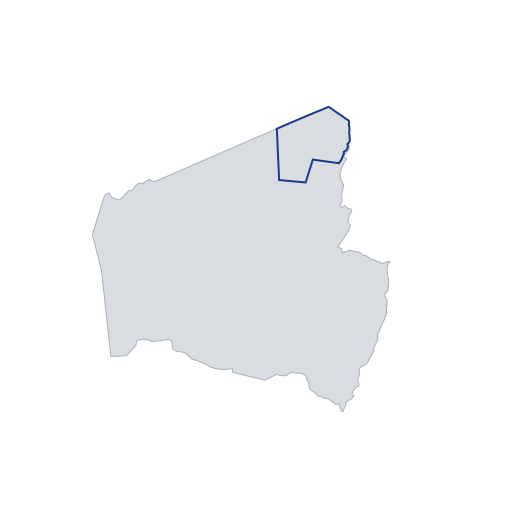 where Tindouf sits in Algeria, rotated 124°
{"feature_id": "DZA-2150", "entity_name": "Tindouf", "entity_type": "Province", "adm_level": 1, "iso_a3": "DZA", "parent_name": "Algeria", "parent_adm1": "", "projection": "albers", "projection_center": [-7.582, 27.544], "detail": "fine", "context": "in_parent", "style": "outline", "palette": "blue", "viewbox_px": 512, "rotation_deg": 124, "n_neighbors": 0, "source": "natural_earth", "source_scale": "10m", "svg_char_len": 4764}
<svg xmlns="http://www.w3.org/2000/svg" viewBox="0 0 512 512"><g transform="rotate(124 256 256)"><path d="M336.3,97.0L336.7,97.8L336.9,98.7L335.7,99.7L334.9,100.2L334.1,102.5L332.3,104.3L332.1,104.8L332.1,105.2L333.5,105.7L334.1,106.3L334.4,107.1L334.2,110.2L334.0,115.8L334.2,116.9L334.9,118.3L335.5,119.3L335.8,120.5L336.1,123.6L336.9,125.3L337.6,126.9L336.7,129.1L336.4,131.0L336.4,133.6L336.5,135.2L336.0,136.8L335.1,138.4L334.1,139.4L332.8,140.3L331.4,141.5L330.4,144.3L327.9,146.9L327.4,147.7L327.4,149.6L327.7,152.0L328.5,153.9L330.2,156.7L331.8,159.7L332.3,161.3L332.8,161.9L334.6,162.7L337.7,163.8L338.3,164.3L340.0,166.3L341.9,170.1L342.6,172.7L348.3,176.0L353.7,178.9L354.1,179.4L358.4,191.1L359.9,195.2L365.5,210.2L364.1,211.3L362.6,212.6L364.1,214.5L366.9,217.6L368.7,220.2L369.4,221.3L371.0,224.6L372.3,227.7L372.7,228.8L373.4,231.3L374.0,238.3L375.9,247.2L377.4,251.5L376.6,255.7L375.9,259.7L376.3,261.6L377.4,264.5L378.3,266.7L379.4,267.7L379.7,271.5L379.5,272.9L377.1,275.2L374.4,277.5L373.8,279.1L373.8,280.8L374.4,282.1L384.7,293.6L385.2,294.8L385.8,298.4L387.9,302.7L389.8,304.4L390.6,305.8L391.8,306.7L393.0,307.3L393.7,307.3L397.4,305.5L404.3,306.5L410.9,307.6L411.4,308.0L416.1,314.2L420.3,320.2L354.8,375.7L347.6,383.6L330.6,402.7L329.3,403.7L304.7,411.2L291.8,415.0L291.2,415.1L290.5,415.2L289.9,415.3L288.8,414.9L287.3,414.0L286.4,413.6L286.1,412.8L286.5,411.7L287.1,410.7L287.3,409.9L287.7,409.3L288.2,408.8L288.2,408.1L287.6,407.1L287.1,405.6L286.8,402.9L286.7,401.7L285.4,400.7L283.1,399.8L280.9,399.3L280.0,399.1L277.6,398.9L274.4,398.4L273.2,398.0L271.0,395.7L269.9,395.1L265.1,395.1L263.5,394.8L262.1,394.3L261.0,393.5L260.2,392.2L260.0,391.1L259.5,390.6L254.1,388.2L252.7,387.4L251.9,386.6L251.8,385.3L251.8,383.7L251.5,382.4L251.2,381.7L157.2,321.8L152.3,318.6L141.2,311.4L91.7,279.1L91.9,255.9L92.0,254.7L92.3,254.2L93.8,253.3L96.3,251.4L97.2,250.5L98.3,249.6L102.4,247.0L103.2,246.3L107.2,243.2L108.1,242.8L110.2,242.5L111.1,241.9L112.2,240.7L114.0,239.3L115.1,238.7L115.4,238.5L116.1,238.4L119.7,238.8L121.3,239.1L123.1,239.4L123.6,239.2L124.1,238.8L124.8,237.8L124.9,236.6L125.0,235.6L125.1,235.2L125.4,235.0L126.2,235.0L127.2,235.2L129.4,235.1L130.1,235.0L132.6,234.7L136.0,234.0L140.9,232.4L143.2,230.6L144.9,228.7L146.6,225.9L148.0,223.4L150.8,221.8L153.2,220.9L154.5,220.5L157.6,219.1L162.5,215.2L166.8,214.6L167.3,214.2L167.9,213.6L167.9,212.4L167.1,211.7L166.2,211.3L165.6,210.8L165.0,210.8L164.7,210.2L164.8,209.2L164.9,208.3L165.2,207.4L165.1,206.1L164.4,204.8L164.2,203.8L164.2,202.9L164.5,202.2L165.4,201.7L166.4,201.5L167.8,201.6L170.2,201.3L176.4,198.8L176.8,198.1L177.2,196.5L177.6,195.1L178.2,194.6L178.6,194.5L183.6,193.4L184.7,193.3L194.0,193.3L202.0,193.2L202.7,192.9L202.7,191.9L202.1,190.1L202.3,188.9L203.4,187.8L204.8,186.5L204.0,185.1L202.9,184.2L201.2,183.1L200.4,182.6L198.9,181.3L197.9,179.7L197.1,176.4L195.9,174.5L195.0,172.2L195.5,167.9L194.4,165.3L194.2,164.2L194.1,162.9L194.3,160.6L193.9,157.4L192.6,154.1L193.1,153.0L193.3,152.4L193.2,151.9L192.0,150.9L191.5,150.1L191.7,149.2L192.3,148.0L192.2,147.5L190.3,146.2L187.2,144.0L186.3,143.0L185.8,141.7L188.7,141.9L190.2,141.7L193.6,140.0L196.2,137.8L198.3,136.6L200.0,134.3L201.6,132.8L204.0,131.1L210.8,127.4L211.9,127.3L214.2,127.9L216.2,127.6L217.5,126.3L218.8,123.4L221.0,121.6L223.8,119.7L227.6,117.8L230.0,116.1L234.0,114.5L244.1,113.0L249.2,111.8L252.8,111.7L256.1,109.0L257.9,108.1L265.6,107.2L269.0,105.2L282.8,103.9L284.6,104.3L286.3,105.0L289.3,107.0L290.8,107.3L292.6,106.7L296.6,104.1L301.2,102.5L303.7,100.9L304.6,99.0L306.7,98.0L308.1,99.3L313.2,100.2L316.2,99.4L317.5,98.8L316.8,96.7L320.0,96.9L322.6,97.6L325.4,99.3L327.2,99.5L330.1,98.2L336.3,97.0Z" fill="#d9dde1" stroke="#a8b0b8" stroke-width="1"/><path d="M138.9,309.9L136.7,308.5L134.0,306.8L131.3,305.1L128.7,303.4L125.6,301.4L122.5,299.4L119.4,297.4L116.3,295.4L113.2,293.4L110.1,291.4L107.0,289.3L103.9,287.3L100.9,285.3L97.8,283.2L94.7,281.2L91.7,279.1L91.7,277.5L91.7,275.9L91.7,274.2L91.8,272.6L91.8,271.5L91.8,270.5L91.8,269.4L91.8,268.4L91.8,267.4L91.8,266.3L91.8,265.3L91.8,264.2L91.8,263.2L91.8,262.1L91.9,261.1L91.9,260.1L91.9,259.0L91.9,258.0L91.9,256.9L91.9,255.9L91.9,255.1L92.0,254.6L92.1,254.3L92.4,254.0L94.4,253.0L95.1,252.4L95.8,252.1L96.0,251.9L96.5,250.9L97.3,250.5L97.5,250.4L98.5,249.4L99.6,248.7L101.3,247.9L101.8,247.6L103.2,246.3L104.8,245.2L105.7,244.3L106.5,243.9L106.7,243.7L107.6,242.8L108.2,242.6L108.9,242.6L109.5,242.7L109.9,242.7L110.2,242.7L110.5,242.6L112.3,242.7L113.6,241.2L115.3,240.5L116.5,240.3L118.2,240.4L120.8,241.5L122.1,240.3L124.2,240.0L126.4,239.4L127.5,239.3L128.6,239.1L130.8,239.1L132.7,239.1L144.3,262.8L167.3,256.0L180.1,279.3L139.1,309.7L138.9,309.9L138.9,309.9Z" fill="none" stroke="#1e3a8a" stroke-width="2"/></g></svg>